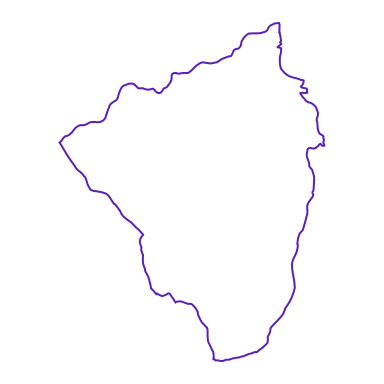 outline of Pinchote, Santander, Colombia
{"feature_id": "7082276B63332644683042", "entity_name": "Pinchote", "entity_type": "district", "adm_level": 2, "iso_a3": "COL", "parent_name": "Colombia", "parent_adm1": "Santander", "projection": "natural_earth1", "projection_center": [-73.171, 6.512], "detail": "fine", "context": "isolated", "style": "outline", "palette": "violet", "viewbox_px": 384, "rotation_deg": 0, "n_neighbors": 0, "source": "geoboundaries", "source_scale": "gbopen_adm2", "svg_char_len": 5858}
<svg xmlns="http://www.w3.org/2000/svg" viewBox="0 0 384 384"><path d="M59.6,142.5L60.3,143.5L63.8,149.5L67.5,155.6L70.0,159.4L73.6,164.4L74.9,166.2L76.3,168.5L78.2,170.5L80.0,171.8L81.5,173.0L82.8,174.4L83.9,176.0L85.1,177.2L85.4,177.6L86.5,180.5L87.0,182.6L87.9,185.1L89.1,187.3L90.2,189.2L90.8,189.9L92.1,190.4L94.5,191.1L95.9,191.1L97.6,191.5L101.0,192.0L105.5,193.4L107.3,194.6L108.6,195.9L109.9,197.6L112.2,201.3L114.0,203.9L115.2,204.5L116.8,206.4L117.9,208.0L120.3,211.4L121.6,214.1L123.4,216.5L125.3,218.1L128.3,220.5L131.1,222.3L136.1,227.5L138.3,229.4L140.0,231.1L141.7,233.1L142.7,234.1L143.1,234.8L142.7,235.4L141.9,236.3L140.5,238.5L139.9,240.7L139.9,242.9L141.4,247.1L141.2,250.1L142.3,253.5L142.6,254.3L143.0,254.8L142.9,257.0L142.9,260.8L143.0,263.1L143.5,265.1L144.7,268.2L145.2,271.0L148.3,276.9L149.4,280.5L149.5,281.7L150.5,284.9L151.0,288.3L153.0,290.3L156.3,294.2L157.1,293.5L159.6,295.1L161.1,295.6L162.2,296.2L164.4,295.3L165.2,295.2L168.2,293.4L169.0,293.3L169.5,293.5L173.5,299.2L175.5,302.4L176.0,302.0L177.2,301.6L179.9,301.3L181.8,301.6L186.3,303.3L188.6,304.0L190.1,303.7L191.9,304.3L194.0,306.4L195.4,307.9L197.9,312.1L197.7,313.3L198.0,314.8L198.9,316.5L200.2,319.4L201.9,322.5L203.5,324.0L204.2,324.8L205.2,326.0L206.9,327.6L207.2,328.5L207.5,329.4L207.6,331.2L207.6,335.7L207.9,340.2L208.2,341.5L208.7,343.0L209.3,344.0L210.9,347.4L211.6,349.1L213.0,351.6L213.4,352.8L213.7,356.4L213.6,358.3L213.4,359.2L214.5,359.3L215.1,360.1L215.8,360.5L216.6,360.4L217.3,360.3L218.1,360.4L220.5,361.0L222.9,361.0L225.8,359.8L227.5,359.7L229.1,359.7L233.2,358.3L236.4,357.8L239.4,357.3L242.2,356.3L243.5,356.3L244.7,355.7L246.8,354.9L248.6,354.0L250.0,353.8L252.2,353.1L254.4,352.2L255.6,352.0L256.8,352.2L258.2,351.0L259.2,350.0L261.2,348.7L262.5,347.7L266.0,344.5L266.9,343.5L267.7,342.1L267.9,339.7L267.8,337.9L267.8,336.7L268.3,335.7L268.9,334.7L269.9,332.6L270.3,330.9L270.5,328.4L271.1,327.4L272.4,325.9L273.8,324.4L275.8,322.3L278.8,319.2L280.5,317.3L282.8,314.5L283.0,314.1L284.0,311.9L284.3,311.0L285.0,309.3L285.5,307.9L286.4,306.7L288.0,304.3L289.9,301.3L292.2,296.3L293.8,291.7L294.8,287.7L294.3,281.4L292.7,272.6L292.2,268.9L292.0,264.7L292.4,261.7L293.9,257.7L295.2,255.3L296.8,251.4L297.1,250.1L297.7,247.2L297.8,245.4L297.7,244.3L297.3,244.0L297.8,240.1L298.2,237.7L299.6,233.6L300.5,232.5L302.8,230.0L304.1,225.7L305.4,221.2L306.0,218.6L307.2,214.3L307.5,210.4L307.2,208.9L307.2,207.3L307.2,205.7L307.8,204.0L308.9,201.9L312.6,196.7L313.4,195.1L313.1,194.3L312.4,193.0L312.4,192.2L313.4,190.7L313.8,186.3L314.0,182.1L314.2,177.7L313.7,175.1L312.7,171.6L312.1,169.8L310.2,167.6L309.4,166.3L309.1,164.9L309.3,163.5L309.0,162.9L308.0,159.6L307.3,157.8L306.9,156.5L306.7,154.6L307.6,149.3L308.9,148.1L310.7,147.9L312.1,148.4L313.5,148.6L315.5,148.2L316.8,146.9L318.4,145.7L319.3,144.4L320.5,143.8L321.0,144.4L321.6,145.2L323.0,145.9L324.2,145.8L324.4,145.3L323.3,142.7L323.4,141.7L323.9,140.6L323.9,139.7L323.6,138.8L323.3,138.0L323.3,137.4L323.5,136.5L322.8,135.7L321.8,134.9L320.5,134.2L319.3,133.3L318.3,131.0L317.9,129.4L317.6,127.4L317.5,124.6L317.2,121.9L316.7,120.5L316.8,118.3L317.7,116.2L318.0,113.8L317.9,112.5L317.6,111.8L316.4,108.3L315.5,106.6L314.1,105.2L312.0,103.5L309.7,102.6L307.7,102.0L305.9,100.8L304.3,98.7L302.9,97.2L301.4,95.1L300.3,93.5L300.4,93.0L302.3,92.8L303.1,92.8L305.1,93.0L307.1,92.8L307.3,92.1L306.8,91.5L306.9,90.5L307.2,89.5L306.7,88.7L305.7,88.3L303.6,88.0L302.1,87.6L300.9,86.7L301.1,86.3L301.6,85.8L302.5,84.7L303.3,83.2L303.7,80.6L303.4,80.4L302.6,80.0L300.8,79.9L298.8,79.0L296.1,78.2L291.1,77.0L287.3,75.1L284.5,72.9L281.4,69.2L280.7,68.0L279.9,63.7L279.8,60.5L279.9,56.6L280.6,54.4L281.0,51.9L281.2,48.3L280.9,48.3L280.5,48.1L279.2,47.5L278.4,47.2L277.7,47.2L277.7,46.9L279.1,45.9L281.0,44.4L281.3,44.0L281.2,43.9L280.7,43.1L280.1,42.2L280.4,41.8L280.7,41.6L280.9,41.4L281.0,41.2L281.0,40.9L280.9,39.8L280.8,39.3L280.8,39.0L280.5,38.1L280.6,37.3L280.6,36.9L280.3,36.1L280.3,35.7L280.1,35.3L280.1,34.8L279.9,34.3L279.8,33.5L279.5,33.2L279.4,32.9L279.6,32.9L279.7,32.6L279.5,32.1L279.4,31.1L279.3,30.6L279.3,30.3L279.3,30.0L279.5,29.7L279.6,29.2L279.5,28.5L279.4,28.0L279.4,27.3L279.5,27.0L279.6,26.4L279.5,25.2L279.6,24.8L279.0,23.0L277.1,23.2L274.8,23.4L272.8,24.4L270.8,25.3L269.2,26.6L268.5,27.6L268.0,28.6L267.6,29.6L266.5,30.9L265.3,31.7L263.8,32.2L260.6,33.0L258.5,33.3L253.7,33.3L248.7,33.6L246.7,34.8L245.1,36.4L243.6,38.1L242.0,40.7L241.4,42.1L241.1,44.5L240.8,45.7L239.6,47.4L238.8,48.3L237.7,48.8L236.0,49.0L234.2,50.0L233.5,50.8L232.6,53.1L231.9,54.7L231.1,55.9L230.1,56.3L228.9,56.3L227.8,56.7L226.7,57.2L225.3,57.6L223.1,58.5L221.7,59.1L219.2,60.8L216.7,62.4L214.6,62.6L213.2,63.1L211.3,63.4L209.3,63.4L207.5,63.0L205.2,62.7L203.2,62.4L201.8,62.5L200.6,62.9L199.4,63.6L197.4,64.9L196.3,65.7L194.4,67.4L192.9,69.0L191.2,70.7L189.6,71.9L188.4,72.9L187.1,73.0L185.6,73.0L183.3,72.9L180.6,73.4L178.0,73.7L176.5,73.1L174.7,72.9L173.4,73.3L172.2,74.1L171.8,75.0L171.7,75.8L171.6,77.6L171.4,80.0L170.4,82.1L169.8,83.2L168.4,85.0L167.7,86.1L166.7,87.2L164.1,88.3L163.2,89.2L162.0,91.3L161.0,92.4L159.8,93.0L158.0,93.0L156.5,92.1L155.6,91.4L154.2,89.6L153.2,88.8L152.2,88.8L151.3,89.1L150.3,89.2L149.2,89.7L148.0,89.7L146.2,89.4L144.8,89.0L142.9,88.3L141.2,88.2L140.0,88.3L138.5,88.3L137.7,87.8L137.0,87.0L134.9,84.8L133.6,84.0L131.7,83.5L129.4,83.6L124.9,85.2L122.8,86.2L121.7,87.3L121.2,88.4L120.2,90.2L119.2,92.7L118.6,94.6L118.0,96.8L117.6,98.3L116.7,99.7L115.6,100.7L114.7,101.1L112.6,102.4L110.7,104.0L109.6,105.5L109.0,107.6L108.3,109.0L107.1,112.4L105.3,118.1L103.3,120.4L100.8,121.8L98.2,122.3L94.9,122.0L92.3,122.0L90.1,122.3L88.1,123.3L86.7,124.2L84.1,125.2L80.3,125.2L79.0,125.6L77.2,126.6L75.3,128.1L74.0,129.6L72.0,132.3L70.7,133.6L68.7,135.2L66.8,136.0L65.0,136.4L63.5,137.8L62.7,138.8L61.5,140.9L59.6,142.5Z" fill="none" stroke="#5b21b6" stroke-width="2"/></svg>